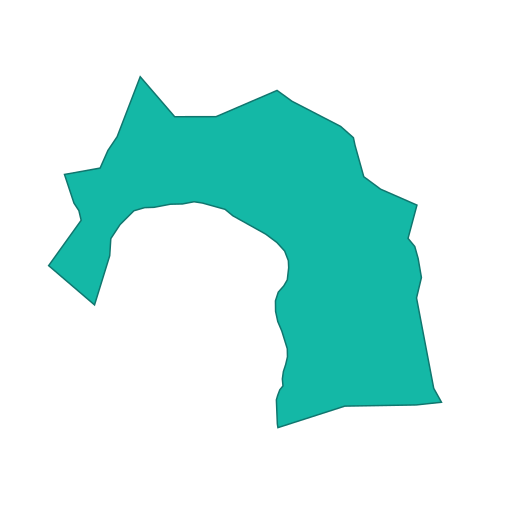 map outline of Videm (Natural Earth projection), rotated 8°
{"feature_id": "SVN-222", "entity_name": "Videm", "entity_type": "Municipality", "adm_level": 1, "iso_a3": "SVN", "parent_name": "Slovenia", "parent_adm1": "", "projection": "natural_earth1", "projection_center": [15.9, 46.335], "detail": "fine", "context": "isolated", "style": "filled", "palette": "teal", "viewbox_px": 512, "rotation_deg": 8, "n_neighbors": 0, "source": "natural_earth", "source_scale": "10m", "svg_char_len": 963}
<svg xmlns="http://www.w3.org/2000/svg" viewBox="0 0 512 512"><g transform="rotate(8 256 256)"><path d="M460.0,375.0L435.3,381.2L364.8,392.3L301.6,422.9L301.3,421.9L300.5,419.3L296.2,395.6L296.9,390.9L298.2,385.2L300.8,380.9L299.2,374.1L299.2,366.6L300.5,359.3L301.2,351.5L299.9,343.5L292.0,326.7L286.7,317.9L283.1,308.1L281.5,297.7L283.1,288.7L287.7,281.7L290.3,275.3L290.0,263.1L288.7,256.1L283.7,247.1L274.8,239.7L262.6,233.0L227.5,219.4L218.9,214.1L195.6,211.0L187.1,210.9L175.9,214.7L164.1,216.6L148.2,222.0L139.0,223.6L128.8,228.2L117.0,243.8L109.8,259.0L111.1,276.1L102.9,326.9L52.0,294.4L77.9,245.0L74.3,235.7L68.4,229.0L55.0,201.9L89.4,190.6L94.7,172.0L101.9,157.2L116.4,94.6L156.1,129.4L197.0,123.6L253.8,89.1L270.2,97.8L321.8,115.9L336.0,125.3L338.6,132.5L351.7,162.5L370.1,172.5L408.3,183.2L404.1,217.4L411.9,224.5L416.9,235.9L422.8,254.3L420.8,275.2L450.4,362.3L459.5,374.3L460.0,375.0Z" fill="#14b8a6" stroke="#0f766e" stroke-width="1.5"/></g></svg>